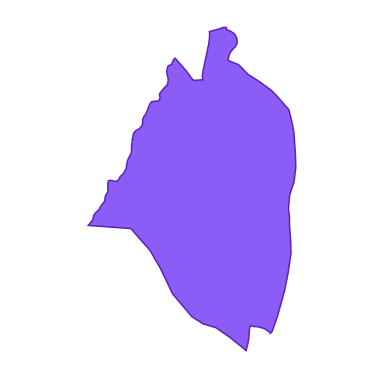 outline of Talvern/Babonneau, Castries, Saint Lucia, rotated 266°
{"feature_id": "8701671B96630840865992", "entity_name": "Talvern/Babonneau", "entity_type": "district", "adm_level": 2, "iso_a3": "LCA", "parent_name": "Saint Lucia", "parent_adm1": "Castries", "projection": "albers", "projection_center": [-60.941, 13.997], "detail": "fine", "context": "isolated", "style": "filled", "palette": "violet", "viewbox_px": 384, "rotation_deg": 266, "n_neighbors": 0, "source": "geoboundaries", "source_scale": "gbopen_adm2", "svg_char_len": 6078}
<svg xmlns="http://www.w3.org/2000/svg" viewBox="0 0 384 384"><g transform="rotate(266 192 192)"><path d="M45.7,260.4L47.0,262.0L61.3,268.3L86.6,277.3L103.2,281.9L113.1,284.1L123.5,286.4L135.1,287.0L153.3,287.0L161.0,287.6L168.2,287.0L182.5,289.3L194.6,294.4L208.9,297.2L221.6,297.8L244.7,297.8L254.6,296.6L267.3,294.4L279.4,285.3L287.7,278.5L298.2,266.0L305.3,256.3L315.8,247.3L319.1,240.4L320.9,237.0L322.3,237.4L323.2,237.6L323.5,237.7L324.1,238.0L324.4,238.1L324.7,238.2L326.5,238.9L326.8,239.1L327.0,239.2L327.5,239.4L327.9,239.6L328.2,239.8L329.2,240.5L329.8,241.0L330.3,241.4L330.5,241.6L330.8,242.0L331.1,242.2L331.6,242.7L332.2,243.4L332.4,243.6L332.8,244.1L333.6,245.0L333.8,245.2L334.3,245.6L334.8,246.0L335.0,246.2L335.3,246.3L335.9,246.7L336.1,246.8L336.5,247.0L337.0,247.2L337.3,247.3L337.6,247.4L338.2,247.5L338.8,247.5L339.1,247.5L340.1,247.5L340.4,247.5L340.6,247.5L341.4,247.5L341.7,247.4L342.4,247.3L342.8,247.2L343.9,246.8L345.0,246.4L345.3,246.2L346.1,245.7L346.6,245.4L347.3,244.8L347.9,244.0L348.1,243.7L348.4,243.4L349.6,241.7L350.1,241.0L350.5,240.1L350.9,239.2L351.0,239.0L351.3,238.4L351.5,238.0L352.0,237.7L352.3,237.7L352.7,237.7L353.3,237.7L353.8,237.8L354.0,234.5L352.8,230.8L350.8,220.6L350.1,220.6L349.8,220.6L348.0,220.6L347.4,220.5L347.1,220.5L346.1,220.4L345.8,220.3L344.9,220.2L343.5,220.0L343.2,220.0L342.6,219.8L341.9,219.7L341.2,219.6L340.6,219.5L340.3,219.4L340.1,219.4L339.7,219.3L339.4,219.2L339.1,219.1L338.7,219.1L337.8,218.8L336.8,218.6L336.2,218.3L335.3,218.1L335.0,217.9L334.5,217.8L334.0,217.6L333.3,217.5L332.7,217.3L332.4,217.3L330.9,216.9L330.5,216.8L329.9,216.6L329.2,216.4L328.2,216.1L327.6,215.9L327.3,215.8L327.0,215.7L325.8,215.4L325.1,215.2L324.8,215.1L323.5,214.8L323.1,214.7L322.6,214.5L322.0,214.3L320.8,213.9L320.5,213.8L319.9,213.6L318.8,213.3L317.9,213.1L315.9,212.6L315.1,212.4L313.7,212.0L313.3,211.8L313.1,211.7L312.7,211.7L311.6,211.4L311.3,211.4L310.9,211.3L310.5,211.2L310.2,211.1L309.9,211.1L309.7,211.0L308.8,210.8L308.5,210.7L307.6,210.5L307.3,210.5L306.6,210.5L306.2,210.4L304.9,210.4L303.8,210.4L303.5,210.5L303.2,210.5L303.2,202.6L304.0,200.5L313.3,194.7L326.7,184.5L326.4,184.2L325.8,183.4L325.5,183.0L325.2,182.8L324.9,182.6L324.7,182.5L323.4,181.8L322.7,181.5L322.1,181.3L321.8,181.1L321.2,180.7L320.9,180.5L320.6,180.3L320.4,180.0L320.1,179.5L319.9,177.8L319.8,177.5L319.5,177.1L319.0,176.8L318.5,176.6L318.3,176.5L317.7,176.3L317.4,176.1L317.1,176.0L316.1,175.7L315.1,175.5L314.3,175.3L312.6,175.3L312.3,175.3L312.0,175.3L311.0,175.4L310.4,175.5L310.1,175.5L308.5,175.8L308.2,175.9L307.3,176.0L307.0,176.0L306.7,176.1L306.1,176.1L305.5,176.0L305.2,176.0L304.3,175.9L303.5,175.7L302.2,175.4L301.6,175.2L301.3,175.1L300.8,174.9L300.0,174.1L299.1,173.1L298.8,172.9L298.1,172.0L297.8,171.7L297.5,171.3L297.0,170.8L296.8,170.5L295.9,169.7L295.1,169.0L294.7,168.7L294.4,168.4L294.1,168.2L293.2,167.3L292.9,167.0L292.6,166.8L292.4,166.6L292.1,166.4L291.1,166.4L290.3,166.5L290.0,166.5L289.0,166.5L288.7,166.6L288.3,166.6L287.7,166.5L287.4,166.5L287.1,166.3L286.4,165.9L285.9,165.5L285.5,165.1L285.3,164.7L285.2,164.3L285.1,163.5L285.0,163.2L285.0,162.9L285.0,162.3L285.1,161.9L285.1,161.2L285.1,160.9L285.1,159.9L285.0,158.9L285.0,158.5L284.4,157.6L284.2,157.3L283.9,157.1L283.5,156.8L282.7,156.2L281.2,155.3L279.6,154.5L278.8,154.2L278.6,154.1L277.6,153.7L276.1,153.0L275.5,152.7L274.9,152.3L273.7,151.8L273.5,151.6L272.8,151.2L271.5,150.1L271.3,149.9L271.0,149.6L270.8,149.4L269.4,148.7L268.9,148.4L268.6,148.2L266.3,147.6L266.0,147.6L265.7,147.6L265.1,147.6L264.4,147.5L263.7,147.5L263.5,147.4L262.9,147.3L262.6,147.1L262.3,147.0L262.0,146.9L261.4,146.5L261.0,146.1L260.7,145.9L259.7,144.8L259.3,144.4L259.0,143.9L258.5,143.1L258.3,142.6L258.0,142.0L257.7,141.4L257.4,140.8L257.1,140.3L256.9,140.1L256.5,139.6L256.3,139.4L255.9,138.9L255.6,138.6L255.4,138.4L255.2,138.2L254.9,138.0L254.6,137.8L254.0,137.6L252.9,137.3L251.7,137.0L250.5,136.8L250.0,136.7L248.7,135.9L248.2,136.4L247.7,136.3L246.8,136.0L246.3,135.9L245.7,135.8L245.3,135.7L244.7,135.4L244.1,135.3L243.7,135.1L243.4,135.1L242.8,135.0L241.6,134.9L240.8,134.8L240.2,134.8L239.9,134.8L239.5,134.7L239.1,134.7L238.8,134.6L237.8,134.6L237.1,134.5L236.8,134.4L236.5,134.4L236.2,134.3L235.2,134.0L234.6,133.7L234.1,133.5L233.3,133.0L232.4,132.5L231.2,131.7L230.2,131.0L229.8,130.8L229.3,130.6L227.9,130.0L227.3,129.7L226.9,129.6L226.1,129.4L225.4,129.1L225.0,129.0L224.3,128.9L223.5,128.7L223.2,128.6L222.3,128.5L221.9,128.4L221.6,128.3L220.8,128.1L220.4,128.0L219.7,127.7L219.2,127.4L218.7,127.1L217.8,126.6L217.3,126.2L217.0,126.0L216.6,125.8L216.0,125.4L215.6,125.1L215.1,124.6L214.7,124.3L214.5,124.1L213.9,123.3L213.7,123.0L213.5,122.6L213.2,122.3L212.9,122.0L212.2,121.4L211.8,121.1L211.3,120.8L211.0,120.6L210.4,120.3L210.1,120.1L209.5,119.6L209.2,119.3L208.9,118.9L208.6,118.5L208.5,118.2L208.2,117.8L208.1,117.4L207.9,116.8L207.9,116.5L208.0,116.2L208.1,115.7L208.1,115.4L208.6,114.1L208.7,113.8L208.9,113.2L209.1,112.6L209.2,112.1L209.3,111.5L209.2,111.1L209.2,110.7L209.2,110.4L209.2,109.8L208.9,109.3L208.6,109.1L207.9,109.0L206.6,108.7L205.5,108.5L204.6,108.5L201.2,108.4L200.1,108.3L199.7,108.3L198.8,108.1L198.0,107.8L197.6,107.7L197.3,107.5L196.9,107.3L196.7,107.2L196.4,107.0L195.8,106.6L195.4,106.1L195.1,105.9L194.6,105.7L194.2,105.5L193.9,105.3L193.2,105.1L192.5,104.9L191.2,104.7L190.5,104.6L190.2,104.5L189.3,104.2L189.0,104.1L188.7,103.9L188.3,103.7L188.0,103.4L187.7,103.2L187.3,102.8L186.8,102.3L186.6,102.1L185.8,101.3L185.5,101.1L184.9,100.6L184.2,100.1L183.7,99.7L183.0,99.3L182.3,98.8L181.6,98.4L181.3,98.2L180.5,97.6L180.3,97.3L180.0,97.1L179.2,95.9L178.3,94.8L177.4,93.8L177.0,93.4L176.7,93.1L176.1,92.8L175.6,92.4L175.0,92.2L174.7,92.1L174.0,91.8L173.7,91.7L173.3,91.6L171.5,91.4L165.9,86.2L163.8,100.6L159.8,128.4L136.7,146.0L117.7,155.3L91.6,165.6L67.6,183.2L59.7,193.9L54.8,206.7L44.3,219.6L34.1,230.7L30.0,234.9L31.6,235.4L36.0,236.9L40.2,238.0L44.6,238.8L49.2,239.4L52.5,240.0L54.6,241.1L53.6,243.8L52.9,248.5L50.7,254.7L46.2,260.5L45.7,260.4Z" fill="#8b5cf6" stroke="#5b21b6" stroke-width="1.5"/></g></svg>